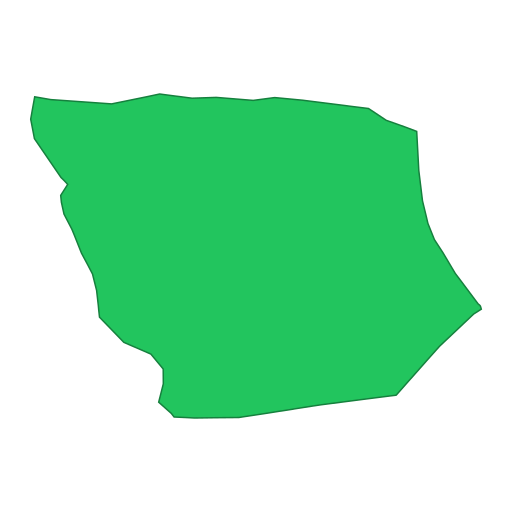 outline of Al Mighlaf, Al Hudaydah, Yemen
{"feature_id": "15242507B86244592928099", "entity_name": "Al Mighlaf", "entity_type": "district", "adm_level": 2, "iso_a3": "YEM", "parent_name": "Yemen", "parent_adm1": "Al Hudaydah", "projection": "robinson", "projection_center": [43.181, 15.311], "detail": "fine", "context": "isolated", "style": "filled", "palette": "green", "viewbox_px": 512, "rotation_deg": 0, "n_neighbors": 0, "source": "geoboundaries", "source_scale": "gbopen_adm2", "svg_char_len": 1447}
<svg xmlns="http://www.w3.org/2000/svg" viewBox="0 0 512 512"><path d="M416.7,131.4L404.8,126.9L386.2,120.3L368.5,108.5L349.9,106.2L345.5,105.6L319.2,102.3L302.5,100.2L275.0,97.6L274.4,97.6L253.2,100.4L216.3,97.4L192.3,98.2L192.1,98.2L187.4,97.6L179.0,96.5L176.4,96.2L169.5,95.3L163.4,94.5L159.7,94.0L146.5,96.8L127.9,100.6L120.5,102.1L111.6,103.9L63.5,100.5L50.8,99.6L34.7,96.8L32.4,109.5L30.7,119.2L31.7,124.3L34.1,136.9L34.4,138.6L61.0,177.5L64.3,180.7L67.7,184.4L60.7,195.4L61.4,202.3L64.0,214.1L71.4,228.3L71.9,229.3L72.4,230.5L74.3,235.1L81.5,253.2L82.1,254.3L82.2,254.5L87.5,264.4L92.5,274.0L96.6,290.4L98.3,305.4L98.7,309.8L99.5,317.2L123.9,342.4L143.1,350.7L150.9,354.1L162.3,367.9L163.2,369.0L163.3,381.4L163.3,383.6L163.3,383.9L160.0,397.0L159.6,398.5L158.7,402.2L171.3,413.4L174.1,417.0L187.2,417.6L194.5,418.0L202.2,417.9L216.2,417.7L216.7,417.7L238.9,417.5L243.9,416.7L246.0,416.4L266.5,413.3L279.7,411.2L281.3,411.0L292.8,409.2L294.3,408.9L312.9,406.0L315.0,405.7L320.9,404.8L348.9,401.2L363.6,399.3L388.0,396.2L396.1,395.2L396.6,394.7L404.9,385.3L410.0,379.5L412.1,377.2L415.0,373.9L425.8,361.7L426.3,361.1L430.4,356.5L438.9,347.0L439.5,346.3L473.7,314.0L480.0,310.0L481.3,309.2L481.0,308.1L480.8,307.3L480.4,306.1L479.8,305.3L479.0,304.6L478.2,304.0L460.4,280.2L455.3,273.5L443.0,252.8L434.4,239.6L427.9,223.4L426.4,217.0L422.5,200.9L419.8,178.7L418.8,170.5L416.7,131.4Z" fill="#22c55e" stroke="#15803d" stroke-width="1.5"/></svg>